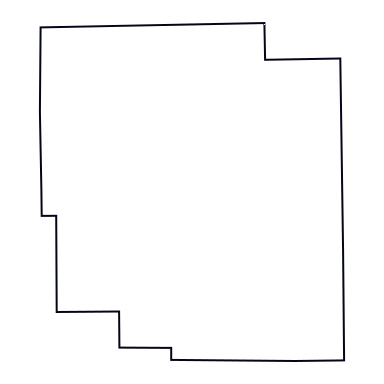 Logan, Illinois, United States of America
{"feature_id": "52423323B39972764046718", "entity_name": "Logan", "entity_type": "district", "adm_level": 2, "iso_a3": "USA", "parent_name": "United States of America", "parent_adm1": "Illinois", "projection": "natural_earth1", "projection_center": [-89.404, 40.121], "detail": "fine", "context": "isolated", "style": "outline", "palette": "ink", "viewbox_px": 384, "rotation_deg": 0, "n_neighbors": 0, "source": "geoboundaries", "source_scale": "gbopen_adm2", "svg_char_len": 330}
<svg xmlns="http://www.w3.org/2000/svg" viewBox="0 0 384 384"><path d="M40.6,27.4L39.9,111.5L41.4,190.9L41.7,215.9L56.2,215.8L56.7,312.0L119.1,311.5L119.4,347.6L171.2,347.9L171.2,359.9L294.9,361.0L344.1,360.4L343.1,251.8L340.3,58.9L340.3,58.5L265.1,59.8L264.4,23.0L40.6,27.4Z" fill="none" stroke="#020617" stroke-width="2"/></svg>